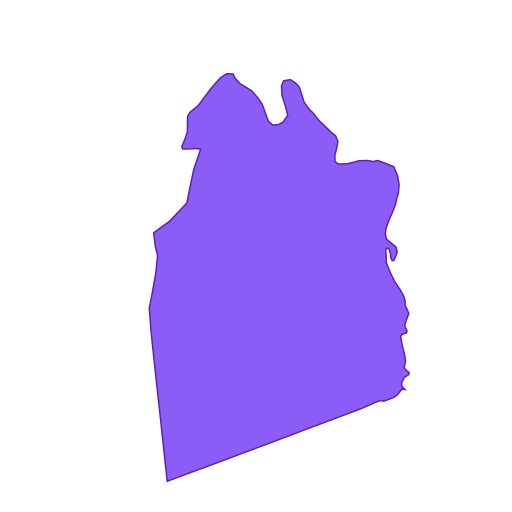 the district of Al-Mada'in, Diyala, Iraq, rotated 160°
{"feature_id": "34846034B77650308075556", "entity_name": "Al-Mada'in", "entity_type": "district", "adm_level": 2, "iso_a3": "IRQ", "parent_name": "Iraq", "parent_adm1": "Diyala", "projection": "mercator", "projection_center": [44.639, 33.217], "detail": "fine", "context": "isolated", "style": "filled", "palette": "violet", "viewbox_px": 512, "rotation_deg": 160, "n_neighbors": 0, "source": "geoboundaries", "source_scale": "gbopen_adm2", "svg_char_len": 2106}
<svg xmlns="http://www.w3.org/2000/svg" viewBox="0 0 512 512"><g transform="rotate(160 256 256)"><path d="M170.1,411.2L173.8,407.2L176.6,398.3L176.8,393.6L177.1,386.5L178.1,377.3L185.1,372.4L187.1,372.2L190.1,371.8L195.4,373.3L197.8,377.6L198.3,378.4L198.3,396.5L200.0,403.4L203.6,412.9L207.6,417.8L211.8,423.0L214.9,430.4L215.2,434.8L217.1,435.6L221.0,437.3L224.2,436.6L228.7,435.6L234.9,432.2L241.2,428.7L251.6,421.9L258.7,417.2L266.6,414.4L269.2,413.5L272.6,410.5L275.0,404.1L276.2,401.0L278.0,396.1L282.5,390.5L283.6,389.3L288.3,384.2L288.3,381.6L283.6,380.0L279.8,378.7L275.1,377.3L273.4,376.3L271.5,375.2L274.6,371.4L277.7,367.6L284.5,359.2L290.7,349.3L297.3,338.6L302.8,329.5L315.6,323.1L325.3,318.2L332.2,316.3L344.0,312.9L344.3,312.7L347.4,299.0L348.3,290.2L356.2,273.8L368.7,252.4L374.1,243.6L380.6,220.2L387.2,193.9L394.5,164.1L398.6,147.2L406.5,115.2L410.1,100.5L416.5,74.7L388.8,74.9L379.5,74.9L357.7,75.1L337.5,75.3L321.2,75.4L295.1,75.7L284.7,75.8L273.4,76.0L261.7,76.1L249.0,76.2L233.2,76.4L219.1,76.5L209.7,76.6L200.6,77.1L195.2,77.6L188.6,77.6L185.8,75.9L184.9,75.9L177.6,75.9L174.0,76.1L170.7,77.2L164.5,81.0L161.8,79.6L163.6,84.1L162.3,87.4L157.9,91.3L152.9,92.3L152.0,94.3L154.1,97.5L154.9,100.6L151.5,105.7L149.9,113.4L149.5,118.9L148.6,125.6L147.5,131.1L145.1,132.4L141.0,132.2L139.7,133.8L140.1,139.7L137.6,143.2L132.1,149.7L132.3,154.2L132.8,158.7L131.3,162.5L130.9,167.7L132.1,175.3L134.4,184.2L135.2,191.5L135.6,198.2L135.9,205.4L133.6,211.4L132.1,217.4L130.1,218.6L128.6,217.1L128.9,212.6L129.9,207.8L129.6,204.9L127.7,204.8L126.8,205.8L124.8,208.1L122.0,211.3L121.3,216.4L127.6,227.1L127.0,232.4L124.4,237.5L122.6,239.7L117.8,245.3L112.4,250.8L107.1,257.0L103.9,262.2L100.8,266.2L97.2,273.8L95.5,282.8L96.0,292.8L103.7,299.7L108.9,304.1L113.8,304.7L118.3,307.5L126.5,310.3L132.2,310.7L138.9,311.5L147.3,314.3L149.5,317.9L147.0,324.5L144.4,327.9L142.6,330.9L139.9,335.5L140.1,341.7L142.9,346.3L146.8,354.5L150.5,361.9L153.3,370.5L155.8,375.7L158.2,384.1L157.8,392.8L157.5,400.0L159.7,405.2L163.4,410.0L170.1,411.2Z" fill="#8b5cf6" stroke="#5b21b6" stroke-width="1.5"/></g></svg>